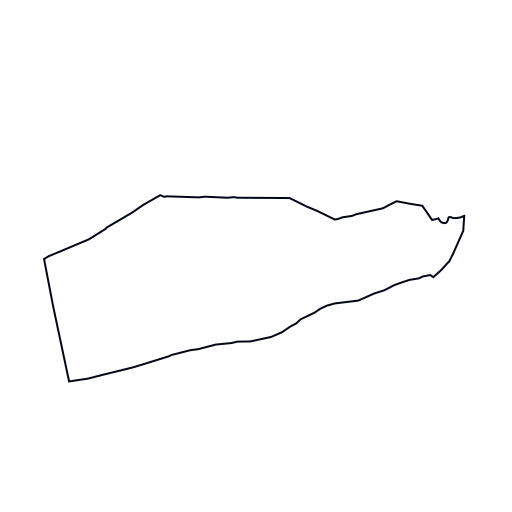 outline of Tucurú, Alta Verapaz, Guatemala, rotated 346°
{"feature_id": "79465075B80923191364064", "entity_name": "Tucurú", "entity_type": "district", "adm_level": 2, "iso_a3": "GTM", "parent_name": "Guatemala", "parent_adm1": "Alta Verapaz", "projection": "natural_earth1", "projection_center": [-90.008, 15.309], "detail": "fine", "context": "isolated", "style": "outline", "palette": "ink", "viewbox_px": 512, "rotation_deg": 346, "n_neighbors": 0, "source": "geoboundaries", "source_scale": "gbopen_adm2", "svg_char_len": 1335}
<svg xmlns="http://www.w3.org/2000/svg" viewBox="0 0 512 512"><g transform="rotate(346 256 256)"><path d="M467.7,267.5L466.7,267.5L465.7,267.7L464.1,268.0L462.9,268.0L461.3,267.8L459.9,267.7L458.5,267.4L457.4,267.1L456.6,266.9L455.6,266.3L454.5,265.5L453.4,265.1L452.4,265.1L451.5,266.2L451.2,267.0L450.8,267.8L450.2,268.4L449.2,269.4L448.0,269.9L446.6,269.6L445.8,269.3L444.0,268.1L443.4,267.2L443.0,266.4L442.6,265.4L442.1,263.6L441.1,263.7L435.7,263.7L435.1,262.4L432.1,254.3L429.5,247.5L418.1,242.6L405.7,236.9L397.9,238.6L392.0,240.1L389.7,240.4L363.8,239.7L358.8,240.3L349.3,239.4L344.4,239.9L341.3,239.7L326.1,226.9L317.3,220.4L302.6,207.9L252.2,195.0L248.9,193.6L242.2,192.5L220.8,186.1L214.8,185.3L183.8,176.5L181.3,176.4L177.8,173.8L159.1,179.1L146.1,184.0L117.9,192.3L116.9,193.2L97.8,199.4L54.6,206.1L49.6,207.7L47.0,255.6L44.3,332.5L63.2,334.3L78.5,334.2L110.3,334.3L147.6,332.2L149.8,331.6L169.2,331.5L177.3,332.4L195.5,332.2L210.9,334.5L217.3,334.6L229.6,337.5L251.1,338.2L262.9,336.2L272.1,332.8L278.6,331.2L284.1,328.2L299.1,325.1L305.4,322.8L312.8,321.3L321.0,321.1L344.4,324.0L361.4,321.0L372.2,320.3L383.1,317.7L391.0,316.9L399.3,316.3L408.4,317.1L412.9,316.2L420.4,316.6L422.9,319.4L432.2,314.5L440.9,308.7L442.1,308.1L447.6,301.7L463.2,281.7L467.7,267.5Z" fill="none" stroke="#020617" stroke-width="2"/></g></svg>